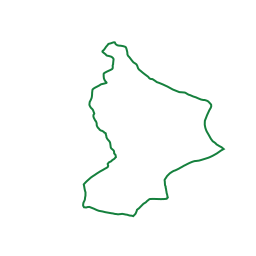 Mayo, Pattani, Thailand, rotated 145°
{"feature_id": "78962969B89271538016717", "entity_name": "Mayo", "entity_type": "district", "adm_level": 2, "iso_a3": "THA", "parent_name": "Thailand", "parent_adm1": "Pattani", "projection": "orthographic", "projection_center": [101.405, 6.689], "detail": "fine", "context": "isolated", "style": "outline", "palette": "green", "viewbox_px": 256, "rotation_deg": 145, "n_neighbors": 0, "source": "geoboundaries", "source_scale": "gbopen_adm2", "svg_char_len": 4348}
<svg xmlns="http://www.w3.org/2000/svg" viewBox="0 0 256 256"><g transform="rotate(145 128 128)"><path d="M174.3,52.8L171.2,53.4L170.4,53.8L168.4,55.1L167.6,55.8L166.6,55.9L165.2,55.9L163.6,56.2L160.9,56.7L158.7,57.1L158.0,57.0L155.9,56.9L154.5,57.2L152.9,57.3L152.0,57.4L150.9,57.3L148.2,55.6L141.9,50.9L139.0,49.0L137.0,47.9L136.9,48.0L136.7,48.1L136.2,48.1L135.9,48.1L135.7,48.1L135.4,48.2L135.1,48.4L135.1,48.6L135.1,48.8L135.1,49.0L134.8,49.6L134.4,50.4L134.0,51.5L133.8,52.1L133.7,52.5L133.0,53.8L132.5,55.0L131.9,56.1L131.8,56.4L131.6,56.8L131.5,57.3L131.3,57.5L131.1,57.9L131.1,58.0L130.9,58.2L130.8,58.4L130.8,58.5L130.7,58.6L130.5,59.8L130.3,60.2L129.7,61.2L129.3,61.9L128.8,62.6L128.6,63.0L128.2,63.8L127.9,64.3L127.6,64.6L125.3,65.5L123.6,66.2L121.5,66.6L119.6,66.9L116.5,66.8L115.0,66.6L113.7,66.2L111.4,65.8L109.3,65.5L107.8,65.4L106.4,65.2L103.8,65.0L102.0,64.7L100.4,64.5L97.8,64.1L95.4,63.6L93.6,63.1L92.0,62.5L91.5,62.1L90.5,61.6L88.6,60.6L86.3,59.8L83.2,58.8L82.3,58.5L81.3,58.2L79.4,57.6L77.7,57.2L75.4,56.8L73.9,56.6L71.9,56.4L69.8,56.2L67.9,56.2L64.7,56.2L61.7,55.9L62.4,58.6L63.6,60.9L64.4,62.8L64.9,63.8L65.0,65.1L65.5,66.8L66.2,68.5L66.3,71.6L66.1,73.5L65.8,76.4L65.5,80.0L65.1,81.9L64.5,83.9L63.3,86.6L62.0,88.4L60.9,89.8L60.5,90.1L58.2,91.6L56.0,93.1L51.2,95.9L50.3,96.3L49.5,96.7L48.6,97.1L47.4,98.0L46.9,98.8L46.5,99.5L46.6,100.5L46.8,102.2L47.0,103.4L47.2,104.1L47.8,105.2L48.7,106.4L49.2,107.0L50.3,107.8L51.8,109.4L53.3,111.7L54.1,113.0L54.8,114.2L56.5,116.4L58.2,119.2L59.3,120.6L60.3,122.8L60.7,123.8L61.2,124.5L63.8,126.7L64.1,126.9L65.4,128.0L66.9,130.3L69.2,133.8L71.9,139.3L73.2,141.5L74.4,143.6L76.7,147.2L78.1,149.1L78.6,150.7L79.7,153.5L79.9,154.0L81.1,155.0L81.7,155.8L82.0,156.6L82.1,158.4L83.4,162.3L84.2,164.9L84.9,167.6L85.4,169.2L85.5,170.5L85.5,171.1L84.7,173.9L84.6,175.4L85.3,177.3L85.9,178.7L86.1,180.9L86.2,183.7L86.3,185.6L86.5,186.5L86.5,187.4L86.3,188.5L85.1,190.5L84.2,192.8L83.7,194.2L83.5,195.5L83.9,196.4L85.0,197.8L86.8,199.6L88.2,200.7L89.3,201.9L90.0,203.7L89.8,205.3L89.7,205.6L90.2,206.2L91.5,206.7L93.7,207.3L95.8,208.1L97.3,207.6L99.4,207.1L101.2,206.4L102.6,205.9L103.6,205.7L104.5,205.7L105.0,205.4L105.2,204.9L105.0,204.2L104.4,202.2L104.1,201.3L104.0,200.1L103.8,199.5L103.1,198.7L102.9,198.5L102.5,198.1L100.8,196.0L100.4,194.9L100.2,193.9L100.3,192.7L101.0,191.9L101.8,191.0L103.1,189.5L103.6,188.8L104.3,188.3L104.9,187.8L105.4,186.8L106.0,186.1L106.5,185.6L107.2,185.4L108.3,185.5L109.0,185.6L112.9,186.3L113.0,186.3L113.7,186.4L115.6,186.6L116.6,186.5L117.2,185.9L118.4,184.1L119.3,182.4L119.6,181.0L119.7,180.0L119.7,179.2L119.5,178.0L119.6,177.4L119.8,177.3L120.2,177.4L122.4,178.2L124.6,179.1L125.3,179.3L127.0,179.3L129.4,179.6L131.5,179.9L132.7,180.0L133.8,180.0L134.6,179.9L135.0,179.8L135.7,179.1L137.3,177.3L138.0,176.3L138.5,175.7L139.7,174.3L140.7,173.4L142.3,172.4L143.4,171.8L144.0,171.5L144.4,171.3L145.5,170.1L146.2,169.3L146.5,168.6L146.7,167.3L146.8,165.9L146.4,164.0L146.4,162.7L146.8,161.3L147.2,159.6L147.4,159.1L148.1,158.8L148.8,158.5L149.6,157.5L150.0,156.5L150.2,155.7L150.4,154.0L150.6,152.8L150.4,152.1L150.6,151.0L151.0,149.8L151.9,148.4L152.2,147.8L152.5,145.7L152.2,144.1L152.2,142.9L151.8,141.8L151.4,141.1L150.9,140.6L150.5,139.7L150.1,138.9L150.0,137.7L149.5,137.0L149.5,136.9L149.3,136.3L149.7,135.8L149.8,135.6L150.3,134.0L151.0,132.7L151.2,131.1L151.1,129.4L150.9,127.8L151.0,126.5L151.5,125.4L152.0,124.4L152.5,123.4L153.0,122.5L153.3,121.9L153.4,120.8L153.0,119.3L152.7,118.0L152.7,117.4L153.1,116.4L153.9,115.1L153.7,113.1L154.6,111.1L154.9,111.1L156.9,110.6L159.4,110.7L160.8,110.4L163.5,110.8L165.3,110.2L165.9,108.4L167.1,107.6L168.9,107.7L170.4,107.9L171.9,108.0L172.1,108.0L173.9,108.2L175.7,108.4L177.7,108.5L179.9,108.6L181.9,108.6L184.4,108.7L186.8,108.7L189.5,108.4L191.2,108.2L192.7,108.0L194.3,107.7L196.6,107.2L197.4,105.3L198.4,103.2L199.2,101.3L199.7,99.7L201.7,96.9L203.1,95.6L204.5,94.0L206.0,93.1L207.3,92.4L208.5,91.2L209.3,90.1L209.5,88.3L207.9,86.9L206.4,86.4L204.9,85.5L204.1,84.3L203.1,82.8L202.0,81.1L201.4,80.0L200.5,78.5L199.3,76.8L197.8,75.3L196.7,74.2L194.9,72.1L191.9,69.1L190.4,67.6L189.4,66.7L188.0,65.1L186.7,64.0L185.7,63.0L184.4,62.3L183.9,62.0L182.6,61.3L182.0,61.0L180.7,59.7L179.7,58.6L178.4,57.4L177.6,56.3L176.6,55.1L175.3,54.1L174.3,52.8Z" fill="none" stroke="#15803d" stroke-width="2"/></g></svg>